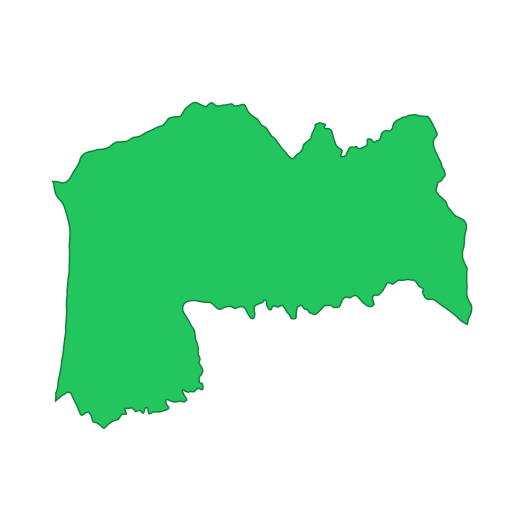 the district of El Porvenir, Atlántida, Honduras, rotated 265°
{"feature_id": "27666195B30019857874789", "entity_name": "El Porvenir", "entity_type": "district", "adm_level": 2, "iso_a3": "HND", "parent_name": "Honduras", "parent_adm1": "Atlántida", "projection": "albers", "projection_center": [-86.935, 15.658], "detail": "fine", "context": "isolated", "style": "filled", "palette": "green", "viewbox_px": 512, "rotation_deg": 265, "n_neighbors": 0, "source": "geoboundaries", "source_scale": "gbopen_adm2", "svg_char_len": 6085}
<svg xmlns="http://www.w3.org/2000/svg" viewBox="0 0 512 512"><g transform="rotate(265 256 256)"><path d="M348.0,59.9L345.5,60.9L341.5,61.0L336.6,61.6L334.6,62.1L330.6,64.2L327.9,66.5L324.5,68.4L322.3,69.2L316.7,70.5L305.5,72.5L298.9,72.9L295.6,72.8L288.1,71.9L282.6,70.8L276.3,70.7L255.8,68.4L251.5,67.3L238.1,64.8L233.4,64.5L230.3,63.7L224.7,63.0L216.2,62.5L214.6,62.1L210.3,61.7L208.9,61.3L203.4,60.6L201.0,60.0L197.7,60.1L190.6,58.3L173.3,54.8L169.0,53.4L164.1,52.6L155.4,50.3L149.4,48.2L142.8,47.1L139.8,46.1L137.0,44.7L132.3,44.4L131.4,44.0L129.1,43.7L134.1,50.7L134.8,52.9L136.1,54.5L136.6,56.3L136.5,58.2L135.5,59.5L134.8,59.9L127.3,62.6L122.9,64.4L115.1,66.8L113.1,67.7L112.6,68.4L112.6,69.2L114.7,72.8L114.9,74.9L114.6,76.1L111.7,77.8L106.2,78.8L105.2,79.2L104.6,79.9L103.7,82.7L103.1,83.7L101.2,85.8L97.7,89.1L97.7,89.7L98.3,90.8L101.4,94.3L103.6,98.3L104.3,100.1L105.2,104.6L110.3,108.6L109.7,111.7L109.8,112.9L111.4,112.9L114.9,111.6L115.6,112.0L115.3,114.8L115.6,119.1L114.8,120.1L111.6,122.4L112.5,126.8L109.7,129.2L109.3,129.9L110.3,130.8L114.0,132.2L114.5,132.8L114.4,133.8L114.2,134.5L113.5,134.9L108.8,135.4L108.2,135.9L108.2,137.0L109.4,139.6L109.7,140.9L109.0,146.5L110.8,154.3L111.7,155.6L112.3,155.8L113.2,155.7L115.9,153.9L117.6,153.4L120.0,153.6L120.9,154.4L120.7,155.4L118.4,159.6L117.8,161.2L117.6,164.3L118.2,168.3L117.0,170.7L116.8,171.7L118.4,174.4L120.2,174.2L124.3,171.9L127.9,170.9L128.7,170.9L129.0,171.2L128.9,172.1L127.3,173.9L126.2,176.5L126.7,178.7L126.1,182.4L128.6,185.2L129.0,186.4L129.0,188.0L127.4,190.0L128.0,191.2L129.6,191.8L133.1,191.5L133.8,191.0L134.7,188.6L137.7,188.5L140.4,188.9L142.0,190.7L143.2,191.5L145.3,192.8L146.4,193.1L149.0,192.4L154.7,189.8L156.8,190.8L158.9,191.3L163.3,189.8L169.9,190.4L173.9,189.9L178.7,188.4L185.5,188.3L188.5,187.6L192.1,185.5L196.8,183.6L204.8,179.5L207.0,178.6L208.6,178.3L211.6,178.5L213.9,179.6L215.9,181.6L216.9,184.4L217.2,186.6L217.0,191.6L214.9,198.5L213.7,206.4L212.7,208.0L207.3,212.8L206.5,213.9L206.2,215.0L206.1,216.2L207.8,220.7L208.3,224.6L207.9,226.8L206.0,229.7L205.6,230.7L206.9,235.3L206.8,238.4L204.2,241.1L202.2,241.5L196.8,244.1L194.7,245.5L193.8,246.9L194.5,248.5L195.8,249.2L198.5,249.8L202.3,249.4L204.0,249.5L206.5,250.6L207.5,252.6L209.1,258.1L209.6,259.0L211.1,260.2L211.1,261.3L210.7,262.1L209.9,262.5L205.7,262.4L202.5,263.9L201.4,264.7L201.1,265.6L201.5,266.7L203.9,267.6L204.7,268.9L204.7,270.0L203.2,273.3L204.5,276.9L204.4,278.2L202.0,279.9L197.3,281.9L195.9,283.4L194.6,284.3L190.9,285.5L190.4,286.3L190.1,288.9L190.4,290.0L191.3,290.6L195.0,291.0L200.8,292.3L201.9,293.3L202.5,294.7L202.8,296.4L202.6,297.3L199.1,299.6L198.0,302.6L195.1,304.1L192.9,308.4L192.7,309.8L193.5,311.6L195.7,314.6L200.1,319.3L200.5,320.2L200.6,325.8L200.0,326.8L198.6,328.0L198.0,329.0L197.8,330.0L197.7,333.9L198.1,334.5L200.2,335.9L204.9,338.2L206.5,340.1L207.1,341.5L207.2,342.8L206.9,344.3L206.1,345.5L206.0,346.1L207.8,349.5L208.1,350.6L207.9,351.9L207.4,353.0L206.2,354.1L201.1,357.8L197.5,361.4L195.7,364.5L195.6,366.1L196.5,368.3L197.6,369.4L203.5,368.4L205.0,368.6L206.0,369.1L206.7,370.3L206.4,374.0L206.7,375.1L210.5,379.4L216.8,383.6L217.6,384.4L217.8,385.3L217.7,386.4L216.3,389.1L216.1,389.9L216.5,390.8L218.7,394.1L219.5,396.2L218.9,400.5L219.4,403.3L219.3,405.6L218.4,409.1L218.4,410.6L218.0,411.5L215.7,413.6L211.5,415.9L208.8,419.7L207.3,419.8L205.8,418.9L205.2,418.8L200.4,420.4L198.7,422.1L197.9,423.3L197.4,428.1L196.4,430.5L191.9,435.2L184.8,443.7L178.6,450.3L174.8,453.4L172.3,456.1L169.4,460.4L170.3,460.9L174.6,461.9L178.6,464.3L181.7,465.6L184.1,466.2L186.6,466.3L188.6,466.1L192.7,464.2L197.6,462.6L201.4,462.7L208.5,463.7L212.7,463.7L219.6,464.3L225.2,465.2L226.6,464.8L229.6,463.5L235.9,461.7L237.4,461.6L242.5,462.1L247.0,463.9L253.7,465.1L258.0,465.6L264.5,467.9L268.3,468.3L271.3,467.5L273.6,466.1L278.6,458.3L280.8,456.3L287.9,451.5L292.5,450.2L294.2,449.4L297.5,446.6L299.9,444.0L304.3,441.1L306.5,441.3L313.2,443.5L313.6,444.0L314.6,446.7L315.6,447.8L318.1,449.6L319.2,451.1L320.9,451.6L325.8,450.7L328.9,448.9L331.3,448.9L332.7,448.5L343.2,444.4L349.2,442.6L353.6,442.5L355.7,443.0L357.3,443.8L359.9,446.5L361.9,447.1L371.1,443.9L378.1,440.7L380.2,439.1L380.0,438.3L380.9,433.7L381.2,431.1L382.6,428.0L382.9,426.7L382.8,420.6L381.4,417.0L381.5,414.8L381.2,413.9L378.7,408.1L377.4,405.9L375.5,404.4L371.1,402.9L369.3,401.2L368.9,399.6L369.6,397.0L369.6,395.9L369.1,394.3L368.2,392.9L366.8,391.7L362.5,390.3L360.5,388.4L360.1,386.0L359.1,384.5L359.1,383.6L359.3,383.0L361.7,381.3L362.5,380.3L362.8,379.0L362.6,377.5L362.0,376.9L357.6,376.6L356.7,375.9L355.7,374.6L353.7,368.5L354.3,367.2L356.3,365.5L355.8,363.7L356.2,360.6L356.1,359.4L355.6,358.6L353.5,357.1L348.3,354.2L347.5,352.4L347.5,349.7L347.8,349.1L348.3,348.9L351.2,350.4L353.5,351.0L354.9,350.0L357.2,347.1L359.2,345.5L365.5,343.7L373.7,342.4L375.2,341.4L376.3,340.2L376.7,338.9L376.7,336.8L377.4,335.6L378.7,335.2L379.3,335.6L380.1,336.5L380.7,336.6L381.3,336.2L383.1,330.9L381.9,326.6L379.2,326.2L372.8,322.4L368.0,320.7L363.5,313.8L362.4,313.0L358.5,311.6L356.6,310.1L354.2,307.2L353.7,305.7L350.0,302.2L349.7,300.8L350.4,299.5L352.9,297.0L357.6,293.9L360.6,291.4L369.6,286.1L371.9,284.4L374.6,281.6L382.0,277.8L383.8,276.0L386.2,272.5L391.8,269.6L393.8,267.4L394.5,266.2L398.3,262.2L400.4,260.8L406.6,258.4L407.8,257.4L408.1,256.5L408.2,255.1L407.2,251.6L407.1,248.7L407.6,247.5L409.5,245.3L409.7,244.8L409.0,238.4L409.2,237.2L408.6,231.2L409.3,229.2L412.1,226.1L412.6,224.9L412.2,223.7L409.3,219.5L409.2,218.6L409.8,217.0L414.0,210.2L414.3,208.0L413.8,206.1L412.4,203.4L409.0,198.5L401.8,193.2L401.5,191.1L401.7,186.0L401.0,181.7L400.5,180.9L395.2,175.8L394.2,174.5L392.8,168.5L390.5,163.1L388.8,157.7L385.6,151.4L384.9,147.8L384.8,144.2L381.9,138.3L381.3,136.6L381.4,130.7L381.7,128.1L381.5,126.4L380.3,123.7L377.6,119.9L376.2,116.2L375.7,112.3L375.9,108.3L375.0,103.7L374.3,98.2L373.3,94.8L372.1,92.8L369.7,90.2L367.9,89.3L365.3,88.4L361.7,86.2L355.3,81.2L349.8,77.7L346.6,74.1L346.0,72.7L345.6,69.4L347.5,63.9L348.0,59.9Z" fill="#22c55e" stroke="#15803d" stroke-width="1.5"/></g></svg>